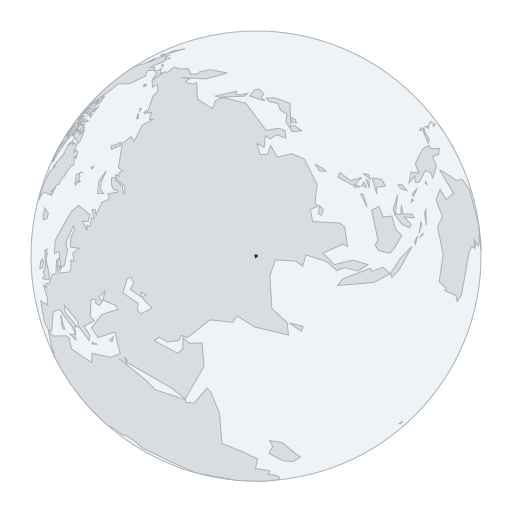 Ha highlighted on a globe, orthographic projection, rotated 306°
{"feature_id": "BTN-2435", "entity_name": "Ha", "entity_type": "District", "adm_level": 1, "iso_a3": "BTN", "parent_name": "Bhutan", "parent_adm1": "", "projection": "orthographic", "projection_center": [89.122, 27.35], "detail": "fine", "context": "on_globe", "style": "filled", "palette": "slate", "viewbox_px": 512, "rotation_deg": 306, "n_neighbors": 0, "source": "natural_earth", "source_scale": "10m", "svg_char_len": 11172}
<svg xmlns="http://www.w3.org/2000/svg" viewBox="0 0 512 512"><g transform="rotate(306 256 256)"><circle cx="256" cy="256" r="225" fill="#eef3f6" stroke="#a8b0b8"/><path d="M338.8,46.5L337.4,46.2L347.1,53.2L356.9,58.3L349.5,55.5L372.5,68.0L382.0,76.6L367.1,65.3L362.4,63.0L366.8,67.6L362.9,66.4L362.9,68.2L357.8,66.5L349.5,60.8L346.1,59.8L349.4,63.2L346.5,64.3L342.1,59.3L336.6,60.7L321.6,52.8L314.0,43.3L301.6,39.9L282.8,33.4L280.4,33.7L271.7,32.2L265.7,32.2L264.0,31.6L260.7,32.2L263.5,32.8L263.0,33.4L259.7,33.6L256.9,32.7L258.1,32.4L255.5,32.3L255.5,31.9L253.7,32.2L250.6,31.5L248.8,32.7L242.3,32.5L241.6,32.0L248.0,31.4L258.1,30.7L274.6,31.5L291.0,33.5L307.2,36.6L323.2,41.0L338.8,46.5ZM232.5,31.9L232.9,31.9L225.5,32.8L216.4,34.2L216.3,34.3L232.5,31.9ZM206.9,36.1L206.6,36.2L205.5,36.5L206.9,36.1ZM364.7,62.7L361.9,60.4L366.0,63.2L364.7,62.7ZM363.7,68.7L365.8,69.9L364.9,70.4L363.7,68.7ZM243.4,31.1L242.4,31.1L239.9,31.3L241.1,31.2L243.4,31.1ZM356.4,68.5L354.3,69.2L354.9,67.4L356.4,68.5ZM237.4,31.6L246.5,30.9L249.6,30.8L247.9,31.2L237.4,31.6ZM352.1,69.0L347.2,71.4L351.3,74.0L336.9,68.7L345.8,68.0L346.0,65.2L348.7,67.8L352.1,69.0ZM265.8,32.9L262.7,32.3L268.3,32.7L265.8,32.9ZM269.5,33.1L287.5,34.8L290.4,36.3L283.8,35.2L290.0,37.4L282.6,37.2L277.5,36.0L277.1,35.0L274.6,35.8L269.5,33.1ZM329.7,65.6L327.3,65.6L328.2,64.6L329.7,65.6ZM263.2,33.7L266.6,33.7L269.4,34.9L263.1,35.1L264.2,34.6L263.2,33.7ZM295.3,38.3L296.3,39.5L290.5,39.6L290.1,40.2L282.7,37.4L295.3,38.3ZM261.9,34.5L259.9,35.3L255.6,35.0L260.1,33.8L261.9,34.5ZM272.7,35.2L273.7,35.9L271.1,35.5L272.7,35.2ZM239.2,35.3L243.2,34.8L245.0,35.3L239.2,35.3ZM259.4,35.6L260.9,35.7L262.1,36.0L259.9,36.6L259.4,35.6ZM279.2,37.9L276.6,37.8L281.9,39.0L277.9,39.4L273.6,37.6L273.7,38.6L272.5,38.8L270.5,37.2L279.2,37.9ZM261.1,38.0L254.3,36.5L246.6,36.9L244.8,36.4L257.6,35.8L261.1,38.0ZM266.8,37.6L262.9,37.7L262.6,36.8L265.1,36.2L266.8,37.6ZM276.6,40.5L284.0,40.2L284.6,40.7L276.6,40.5ZM258.9,38.3L260.6,38.7L258.4,38.4L258.9,38.3ZM271.2,39.9L273.7,39.7L274.4,40.2L271.2,39.9ZM261.9,39.9L259.7,39.3L261.3,38.7L261.9,39.9ZM266.2,40.0L266.6,40.8L263.2,38.9L267.2,39.8L266.2,40.0ZM271.5,40.4L272.7,40.7L270.3,40.5L271.5,40.4ZM256.9,42.5L252.3,40.3L255.9,39.0L259.9,41.2L256.9,42.5ZM57.8,148.9L73.9,131.7L71.9,138.8L79.9,149.4L79.8,153.0L72.3,161.5L73.1,185.7L81.0,180.6L88.2,197.5L97.1,203.5L111.7,186.6L97.2,176.2L101.1,165.2L117.9,165.5L131.5,175.6L133.5,171.7L130.3,158.3L138.9,154.2L129.8,153.3L129.4,158.4L123.7,158.3L123.7,153.7L126.7,152.2L124.2,148.0L110.3,157.0L108.4,163.2L98.3,158.2L94.2,168.3L89.6,170.3L94.7,154.1L98.4,149.8L103.4,130.2L98.6,134.1L93.6,153.1L92.7,150.2L86.2,156.7L90.5,149.5L97.3,128.6L91.8,124.6L75.4,134.7L74.2,132.0L77.5,124.4L93.1,108.3L94.0,116.3L99.6,111.6L107.6,101.3L107.2,104.9L110.5,102.0L111.7,105.0L121.4,102.0L123.7,104.7L135.3,97.2L138.1,97.8L130.5,101.9L126.4,106.6L133.3,114.4L136.9,114.0L143.9,108.7L144.9,111.9L150.8,105.9L158.5,108.5L154.0,100.6L162.1,95.2L171.0,93.8L172.8,90.8L158.3,93.3L153.2,95.8L150.2,99.9L135.7,106.5L131.7,105.4L143.8,93.9L139.4,91.4L150.7,84.3L183.0,80.4L192.5,82.8L191.8,97.7L185.1,99.8L182.0,95.3L177.6,104.4L181.4,101.3L182.3,104.3L190.2,100.7L191.2,102.7L197.1,96.2L199.2,98.3L195.4,102.4L208.9,99.8L215.3,103.6L217.9,102.1L218.9,99.5L226.4,106.5L228.0,105.2L226.1,102.3L228.1,97.9L234.4,93.1L236.7,95.8L234.7,97.9L233.9,106.7L228.3,112.3L229.8,113.0L235.3,108.8L236.2,98.0L239.4,94.4L239.9,99.2L240.0,97.2L242.3,96.3L246.6,98.1L246.5,92.8L268.6,81.8L279.3,84.9L277.3,89.9L295.1,87.2L305.8,92.3L304.0,89.4L311.4,87.0L308.2,85.3L307.9,83.9L325.3,78.6L331.2,80.0L336.7,75.8L335.8,74.5L331.8,73.2L336.9,68.7L351.3,74.0L352.6,76.6L360.7,78.7L362.5,84.6L367.7,90.9L364.9,96.9L369.3,101.9L372.0,102.2L380.0,109.8L387.1,125.2L369.5,111.0L356.5,90.5L360.7,98.3L356.2,96.3L355.6,99.1L358.9,105.1L361.5,105.9L348.6,116.4L349.6,134.1L358.1,132.0L365.1,136.6L373.6,158.1L363.6,190.4L372.8,199.4L374.4,205.9L368.8,210.9L366.3,201.3L359.2,198.7L358.6,193.0L348.7,198.7L347.5,190.8L340.4,199.7L344.9,205.6L354.0,203.0L348.5,215.0L359.8,224.9L362.8,238.2L349.5,263.7L333.4,272.6L332.8,276.8L325.5,272.7L317.1,281.6L331.7,304.0L331.7,310.7L317.5,324.4L317.0,319.6L297.7,308.4L295.0,324.4L309.6,336.8L314.7,351.4L303.8,347.4L298.6,334.4L291.8,330.1L293.0,316.3L286.2,295.8L275.1,299.8L275.4,291.4L264.3,273.9L248.1,278.9L222.9,299.6L220.3,320.5L211.2,328.7L197.8,296.7L196.4,275.6L188.7,276.3L177.3,256.3L149.3,248.4L147.9,242.3L142.1,243.2L134.5,235.0L133.4,225.1L127.6,223.5L131.2,249.7L137.7,251.5L146.8,245.0L146.3,253.6L154.0,263.5L136.2,278.8L98.8,282.8L99.6,266.5L94.2,214.9L96.8,210.7L97.0,210.2L97.2,209.1L92.1,215.5L92.7,205.7L90.8,239.8L88.6,253.0L98.2,283.5L96.3,285.2L100.7,292.3L120.3,294.1L119.5,299.1L107.5,318.7L84.2,338.7L89.9,360.6L92.6,376.7L83.8,380.5L90.4,393.7L86.7,394.3L90.3,401.0L90.6,405.0L89.0,406.3L81.4,398.3L76.3,391.8L74.8,389.9L63.3,372.7L45.3,334.9L42.7,323.1L40.0,310.7L34.0,277.3L34.9,264.4L34.5,256.2L32.9,253.3L33.0,243.5L32.5,240.6L31.9,233.2L34.4,215.6L38.2,198.3L43.4,181.4L50.0,164.9L57.8,148.9ZM60.5,147.2L58.3,150.7L60.5,147.2ZM141.4,196.9L152.6,202.4L155.4,188.2L159.9,189.4L159.2,184.4L155.5,187.2L155.0,174.0L162.6,172.7L165.3,167.2L161.6,165.2L147.8,169.9L148.4,188.3L142.5,192.1L141.4,196.9ZM128.1,84.9L125.8,88.0L121.5,90.3L118.5,88.6L124.8,85.0L128.1,84.9ZM123.6,92.0L136.5,81.9L138.8,83.1L135.3,84.0L135.6,85.8L130.0,87.9L119.7,99.5L115.2,102.5L112.2,96.7L115.7,96.7L117.7,93.5L123.6,92.0ZM165.1,59.6L170.7,56.8L168.5,62.8L163.6,64.9L160.3,62.8L164.2,59.3L165.1,59.6ZM232.7,33.0L235.0,32.6L235.7,32.7L234.5,33.1L232.7,33.0ZM240.9,35.0L223.6,35.3L225.3,34.7L213.0,36.4L212.8,35.7L220.8,34.4L211.4,35.5L218.5,34.1L211.7,35.2L229.4,32.6L235.4,31.9L228.8,32.9L228.8,33.5L230.6,33.5L240.2,33.4L253.1,32.8L255.2,33.9L253.2,34.8L250.5,35.1L250.0,34.2L246.6,35.3L243.8,34.2L240.9,35.0ZM229.2,53.0L229.8,50.5L222.6,55.1L219.7,53.0L219.0,53.7L214.4,53.2L207.6,54.0L207.3,52.8L204.8,53.7L201.7,53.6L198.2,54.5L196.3,52.9L191.8,53.9L193.5,52.6L186.3,55.0L190.8,52.6L187.2,52.6L184.7,54.9L183.2,47.0L179.1,46.5L173.2,47.7L181.7,44.1L192.7,41.1L203.5,39.5L206.3,40.8L209.7,39.3L212.0,39.7L208.3,40.7L215.3,39.4L216.2,40.1L225.9,40.4L235.3,38.7L239.1,39.1L235.9,40.1L241.9,39.8L238.4,42.1L241.0,42.5L240.1,45.5L232.4,47.7L235.9,48.0L235.4,50.7L229.2,53.0ZM256.4,43.3L247.8,45.7L242.0,45.9L245.9,40.8L244.0,40.1L246.4,37.4L254.7,37.3L253.3,38.0L253.8,38.7L251.0,38.4L253.7,39.2L251.8,40.3L253.4,41.3L250.1,41.7L256.4,43.3ZM83.6,151.4L84.3,153.3L86.2,155.1L82.2,159.5L83.6,151.4ZM88.0,137.1L89.1,137.8L84.3,144.3L83.6,142.6L88.0,137.1ZM93.9,133.0L89.6,137.4L91.5,134.0L93.9,133.0ZM132.0,102.4L133.7,103.1L132.3,104.6L129.5,105.9L132.0,102.4ZM207.1,68.5L208.4,66.5L209.9,66.4L216.3,62.8L219.0,64.4L216.1,67.2L207.1,68.5ZM106.9,188.1L102.0,189.9L101.7,187.2L103.4,187.1L106.9,188.1ZM89.6,174.2L91.6,179.8L88.5,175.3L89.6,174.2ZM211.0,69.6L213.4,67.9L213.3,69.8L211.0,69.6ZM221.2,65.4L221.7,67.4L220.0,64.2L221.2,65.4ZM204.6,470.4L209.0,472.0L205.3,471.4L204.6,470.4ZM120.3,386.5L119.2,410.1L111.4,406.8L106.1,397.9L103.9,382.5L111.8,381.5L114.6,375.4L120.3,386.5ZM366.6,377.8L372.4,377.4L372.1,378.3L366.6,377.8ZM360.5,375.9L367.4,374.9L359.1,378.0L360.5,375.9ZM370.0,374.5L377.0,371.4L380.0,369.3L379.4,371.3L370.0,374.5ZM355.7,376.7L329.2,379.9L318.6,378.5L321.3,375.0L338.5,374.1L355.7,376.7ZM320.4,375.0L303.8,366.8L280.1,339.3L288.6,339.7L313.2,355.7L311.7,358.8L321.7,365.5L320.4,375.0ZM359.8,353.0L358.1,362.0L343.7,363.3L337.0,362.7L332.4,351.9L335.0,345.9L340.5,345.4L361.0,322.6L368.3,326.3L362.3,335.8L368.2,342.6L359.8,353.0ZM221.4,322.6L226.8,335.4L221.8,336.9L221.4,322.6ZM368.6,307.0L360.8,317.2L367.7,304.1L368.6,307.0ZM372.3,294.8L373.1,299.4L369.5,295.5L372.3,294.8ZM333.2,283.3L327.4,285.0L327.0,281.7L334.1,277.7L333.2,283.3ZM365.1,249.5L366.2,259.4L365.5,262.9L362.3,257.4L365.1,249.5ZM236.8,84.7L224.9,87.4L218.1,91.4L217.0,96.2L213.5,91.0L224.0,84.9L236.8,84.7ZM264.4,81.6L265.3,78.0L268.3,79.2L268.5,80.2L264.4,81.6ZM262.6,79.7L257.4,76.1L260.1,73.9L263.7,77.1L262.6,79.7ZM233.8,71.8L230.1,72.4L230.3,70.7L233.8,71.8ZM392.8,434.8L397.0,430.8L402.3,427.1L396.4,432.1L392.8,434.8ZM385.0,425.9L345.1,445.1L337.4,445.5L341.6,440.9L339.0,428.8L341.7,428.7L342.7,419.4L367.6,406.3L386.1,385.8L397.3,383.7L407.4,368.6L418.2,365.7L413.5,376.8L423.0,378.8L433.7,353.7L435.2,373.9L439.2,377.8L435.3,389.7L412.3,417.6L403.1,425.6L403.2,424.7L398.9,428.3L394.9,430.0L396.5,424.9L392.1,428.4L398.1,422.1L390.9,428.5L390.5,425.3L385.0,425.9ZM460.0,351.5L459.4,352.6L460.3,350.1L460.7,349.6L460.1,351.3L460.0,351.5ZM468.0,331.3L467.9,332.1L467.5,333.1L468.0,331.3ZM467.9,331.3L468.9,328.4L468.2,330.7L467.9,331.3ZM467.1,324.0L467.8,322.2L467.9,322.8L467.1,324.0ZM381.0,375.7L389.6,367.3L393.9,365.7L381.0,375.7ZM466.8,322.3L465.4,323.5L465.7,322.1L466.8,322.3ZM467.3,319.2L467.3,317.5L467.6,320.8L467.3,319.2ZM464.9,317.9L466.4,319.4L464.7,318.5L464.9,317.9ZM463.8,319.4L462.5,319.1L462.6,318.5L463.8,319.4ZM445.4,334.1L450.7,341.2L445.7,344.0L440.3,340.5L434.7,349.2L422.9,353.1L426.0,348.1L424.8,342.7L411.7,344.8L409.1,341.6L414.0,337.4L405.0,336.9L414.9,332.1L418.7,339.1L424.2,330.7L433.0,328.9L441.2,328.0L447.1,330.9L445.4,334.1ZM414.4,350.2L416.0,349.6L414.4,352.6L414.4,350.2ZM460.0,316.8L461.9,319.1L461.5,320.3L460.5,320.5L460.0,316.8ZM448.5,328.8L455.1,318.3L456.5,317.6L452.1,327.7L448.5,328.8ZM453.8,314.8L456.6,314.0L457.9,316.9L457.3,318.3L453.8,314.8ZM394.1,348.5L393.6,350.9L390.9,349.8L394.1,348.5ZM397.6,346.2L405.6,346.6L396.8,348.4L397.6,346.2ZM372.2,343.8L374.7,348.8L382.7,343.7L376.6,350.0L381.7,357.8L379.8,361.5L374.8,353.0L372.5,363.3L369.0,363.8L367.3,355.6L371.0,344.5L374.6,339.4L388.8,334.6L372.2,343.8ZM397.7,339.6L395.5,333.7L397.1,329.0L399.5,331.8L397.7,339.6ZM388.7,319.6L382.4,313.2L377.1,317.3L387.4,304.3L391.8,312.5L388.7,319.6ZM382.7,303.9L377.8,307.5L382.6,300.2L382.7,303.9ZM376.3,305.2L375.3,299.9L379.4,299.9L376.3,305.2ZM385.3,303.5L385.6,294.2L388.0,299.1L385.3,303.5ZM372.5,288.2L382.0,295.4L370.3,293.7L367.9,276.1L372.8,274.8L372.5,288.2ZM387.4,210.6L385.2,205.8L389.0,203.7L389.5,207.6L387.4,210.6ZM399.4,193.9L389.3,201.6L380.8,208.4L384.3,210.1L384.1,219.2L377.8,212.1L382.3,201.2L389.1,197.6L388.3,190.2L392.2,184.2L388.6,175.6L389.7,171.3L395.0,178.1L399.4,193.9ZM386.7,172.1L381.7,156.9L389.8,157.2L392.7,160.6L391.6,167.3L387.4,166.7L386.7,172.1ZM382.9,153.5L378.8,153.0L362.9,133.2L361.6,129.2L377.9,143.5L374.9,143.9L377.4,149.0L382.9,153.5ZM329.0,66.9L327.4,65.7L330.0,66.5L329.0,66.9ZM305.9,83.0L306.0,81.1L309.0,81.8L305.9,83.0ZM307.8,76.5L304.3,77.0L307.0,75.3L307.8,76.5ZM296.9,78.6L302.5,76.7L298.5,80.2L296.9,78.6Z" fill="#d9dde1" stroke="#a8b0b8" stroke-width="1"/><path d="M255.1,256.3L255.2,256.2L255.3,256.1L255.5,256.1L255.4,255.8L255.4,255.7L255.5,255.5L255.5,255.4L255.6,255.2L255.8,255.0L255.9,254.9L256.0,254.9L256.0,255.0L256.3,255.2L256.4,255.4L256.4,255.5L256.5,255.5L256.7,255.9L256.9,256.1L256.7,256.3L256.7,256.5L256.8,256.6L256.8,256.8L256.7,256.8L256.5,257.0L256.4,257.0L256.2,256.9L256.1,257.0L256.0,256.9L255.7,256.8L255.7,256.7L255.4,256.4L255.2,256.3L255.1,256.3Z" fill="#64748b" stroke="#1e293b" stroke-width="1.5"/></g></svg>